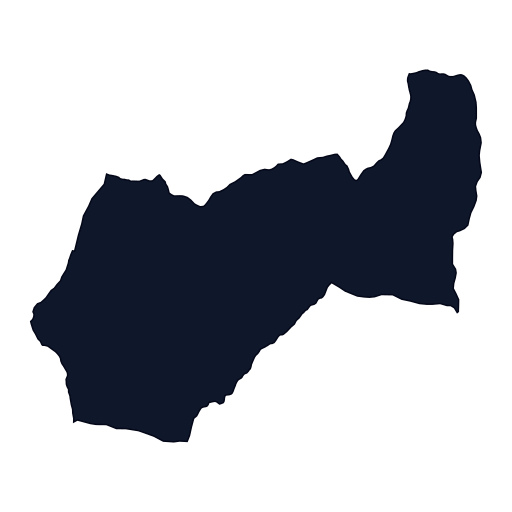 Jaray, Lhuntshi, Bhutan (Equal Earth projection)
{"feature_id": "84629894B50145764455889", "entity_name": "Jaray", "entity_type": "district", "adm_level": 2, "iso_a3": "BTN", "parent_name": "Bhutan", "parent_adm1": "Lhuntshi", "projection": "equal_earth", "projection_center": [91.09, 27.454], "detail": "fine", "context": "isolated", "style": "filled", "palette": "ink", "viewbox_px": 512, "rotation_deg": 0, "n_neighbors": 0, "source": "geoboundaries", "source_scale": "gbopen_adm2", "svg_char_len": 5482}
<svg xmlns="http://www.w3.org/2000/svg" viewBox="0 0 512 512"><path d="M464.1,76.1L462.6,75.3L461.5,74.9L460.3,74.8L459.1,75.0L457.7,75.3L456.7,75.6L455.1,76.1L453.9,76.5L452.7,76.7L451.4,76.7L450.6,76.7L449.3,76.6L448.5,76.4L447.4,75.8L445.0,74.4L443.4,74.0L442.5,74.0L441.4,74.0L440.5,74.2L438.8,74.0L437.7,73.5L436.3,72.5L435.3,72.2L434.2,71.9L432.4,71.8L430.2,71.4L428.7,70.8L427.8,70.2L426.9,70.3L425.7,70.2L422.7,70.7L418.9,71.8L416.5,72.8L413.8,73.4L410.6,74.0L409.3,73.8L408.5,75.9L408.1,76.9L407.7,78.4L407.6,80.2L407.6,81.1L407.9,82.3L408.3,83.8L408.5,85.2L408.8,87.1L409.1,88.4L409.4,90.1L409.8,91.4L410.3,93.3L410.6,94.5L410.9,96.1L410.9,97.6L410.8,99.4L410.5,100.6L410.2,101.8L409.7,103.0L409.4,103.8L409.2,104.7L408.8,106.5L408.5,107.7L408.2,108.6L407.6,109.9L407.2,110.7L406.9,111.7L406.5,112.7L406.3,114.2L406.4,115.1L406.0,116.9L405.5,118.5L404.9,120.1L403.6,122.6L398.6,127.9L395.4,130.8L394.0,133.0L392.9,136.0L392.1,139.5L391.5,141.7L390.7,144.4L388.8,148.5L385.1,155.3L383.3,158.2L380.8,160.1L379.0,160.8L376.9,162.8L375.4,164.5L374.0,166.1L372.3,167.0L370.8,167.7L367.9,168.3L365.9,169.3L363.8,170.8L361.0,174.7L358.1,179.4L357.1,180.4L355.7,180.5L354.3,179.9L352.1,177.2L349.2,172.0L348.5,169.4L346.9,166.0L345.1,164.6L342.7,161.0L340.9,159.2L339.6,157.1L337.2,154.3L334.9,154.4L330.1,155.6L327.0,156.2L323.0,157.5L320.3,157.7L317.3,158.0L314.2,159.5L310.7,161.1L306.2,163.1L303.5,164.1L302.1,163.6L298.6,162.3L296.0,161.2L293.1,159.9L291.0,159.4L287.9,161.4L285.5,162.7L282.7,164.0L280.4,164.1L278.1,164.3L276.6,166.0L274.7,167.6L272.0,169.2L269.3,170.0L267.1,169.8L264.7,169.4L260.2,170.5L256.1,172.7L252.3,174.7L249.6,174.8L247.2,174.7L244.9,174.7L243.2,175.7L241.1,177.7L235.2,181.9L230.0,184.5L227.2,187.4L223.8,189.7L219.5,191.8L216.3,192.1L213.1,193.8L210.8,197.0L208.8,200.5L205.6,204.7L203.9,206.3L202.3,206.6L200.1,206.8L198.5,206.1L196.2,205.0L194.3,203.9L190.6,200.0L187.3,197.5L183.8,196.3L182.5,196.0L179.8,195.9L175.7,196.0L174.0,196.0L171.5,194.8L170.2,193.9L169.0,192.9L168.3,189.7L167.4,186.7L165.7,184.1L165.1,181.8L163.7,180.4L162.3,179.0L161.1,177.1L160.0,175.4L159.2,174.9L158.4,175.5L157.0,176.5L155.9,177.7L153.8,179.8L152.6,180.9L149.7,181.1L145.3,179.5L144.0,179.6L141.3,180.7L139.3,181.4L136.6,181.3L133.2,181.2L130.7,181.3L128.7,180.1L127.6,180.1L125.7,179.8L124.5,179.4L122.6,179.4L120.0,178.7L118.7,177.4L116.0,176.4L111.8,175.5L109.4,175.2L106.6,174.1L104.3,184.2L92.0,198.7L88.7,206.3L83.5,215.9L81.8,224.0L78.5,235.1L74.6,251.2L72.5,250.8L70.8,254.9L69.6,258.6L68.9,260.1L68.4,263.2L67.1,267.2L66.3,269.8L65.4,271.3L63.8,273.8L61.8,277.1L60.6,280.8L57.2,284.4L54.3,288.3L51.2,290.5L48.7,294.0L46.1,297.8L43.7,300.1L41.0,302.5L37.5,303.8L34.3,307.7L33.0,311.8L34.0,314.0L33.9,316.2L33.2,318.5L32.0,320.3L30.7,321.4L31.2,323.6L32.5,327.8L33.3,330.2L35.5,333.8L36.5,335.8L38.0,338.9L40.5,341.4L41.8,344.3L42.5,345.2L44.8,345.3L47.9,346.1L51.3,348.6L55.6,351.7L57.6,353.8L59.5,356.2L60.5,358.3L61.0,361.2L62.1,363.8L63.8,366.3L65.3,368.9L67.1,371.9L67.6,373.9L67.6,375.8L66.8,377.7L66.1,379.4L66.3,381.6L66.4,384.2L67.2,386.7L68.6,389.3L68.6,392.0L70.0,395.9L70.3,398.5L70.9,401.9L71.4,404.8L72.6,409.2L72.8,413.1L73.8,418.6L73.7,422.0L77.3,420.0L80.8,420.9L90.4,423.5L96.2,424.4L106.4,424.5L116.4,428.5L125.9,428.6L138.5,430.6L153.6,436.0L163.3,441.1L173.8,441.8L179.6,441.0L187.2,441.4L189.5,435.5L191.4,426.9L193.7,418.3L196.6,415.9L197.8,413.7L198.8,411.6L200.4,409.0L201.1,408.0L202.3,407.3L203.9,406.8L205.8,406.5L206.7,406.2L207.5,405.5L208.2,404.3L208.8,402.8L209.4,402.2L210.4,402.2L211.8,401.8L213.4,401.5L214.4,401.3L215.7,401.4L216.8,401.9L218.1,402.9L219.6,404.0L221.3,403.4L223.1,402.7L223.9,401.5L224.3,399.5L224.4,397.9L225.1,395.5L226.1,395.0L229.4,394.6L231.3,393.9L232.1,393.1L233.1,391.1L233.8,389.0L234.4,387.5L235.3,385.4L235.6,384.2L236.5,382.3L237.7,380.3L238.8,379.4L239.9,378.7L240.8,378.3L241.9,377.3L242.6,375.9L243.9,374.2L245.1,373.5L246.7,372.9L248.1,371.4L249.3,369.7L250.3,368.7L250.9,366.8L251.4,364.3L252.6,361.4L254.4,357.3L255.7,355.3L257.6,353.6L259.1,351.5L260.2,349.5L261.4,348.6L265.0,346.9L266.4,346.0L267.4,345.5L269.2,344.2L270.3,343.6L272.3,343.4L274.1,342.5L275.7,340.4L277.9,336.9L279.5,335.1L280.6,334.8L282.3,334.7L283.3,334.3L286.7,331.5L291.1,326.8L292.8,325.4L294.4,324.0L295.7,321.3L296.8,319.9L298.9,318.1L300.5,315.9L302.0,313.7L303.6,312.5L304.7,311.1L305.9,310.1L307.2,309.5L308.8,307.3L310.0,305.7L311.2,305.0L314.0,304.3L315.8,303.1L317.1,300.7L318.2,298.9L320.3,298.0L321.4,297.9L322.7,296.9L324.4,294.6L325.7,291.3L326.6,288.9L327.3,287.2L328.0,286.3L329.1,284.9L330.0,284.0L330.7,283.4L331.4,282.4L339.5,287.2L345.3,291.1L357.4,296.0L364.4,296.9L369.5,297.2L374.6,296.7L381.4,294.5L392.8,294.7L401.8,299.2L410.4,301.0L419.5,303.5L426.9,304.2L432.1,304.2L440.2,303.5L447.0,305.5L450.7,305.5L454.4,307.8L457.2,312.5L458.3,311.6L458.5,305.2L458.6,299.7L455.9,293.7L453.2,288.5L453.7,283.3L455.2,277.9L456.1,272.9L455.5,269.2L452.4,264.2L452.4,259.0L452.5,250.1L452.9,243.5L452.6,239.5L452.0,236.8L453.6,234.1L456.6,231.6L459.7,230.7L464.3,228.5L467.8,225.1L469.1,218.9L470.8,212.7L473.8,206.6L476.1,200.4L476.7,196.0L475.8,190.5L475.4,186.3L477.1,181.6L480.0,177.4L481.3,172.5L479.7,162.3L479.1,155.4L479.6,150.7L481.1,142.8L480.5,137.6L479.1,134.1L477.2,130.6L476.2,127.9L475.4,124.9L475.4,122.2L476.3,118.2L476.3,112.3L476.3,107.9L475.9,102.2L474.2,95.0L471.8,89.6L470.7,85.5L468.4,81.1L466.2,78.1L464.1,76.1Z" fill="#0f172a" stroke="#020617" stroke-width="1.5"/></svg>